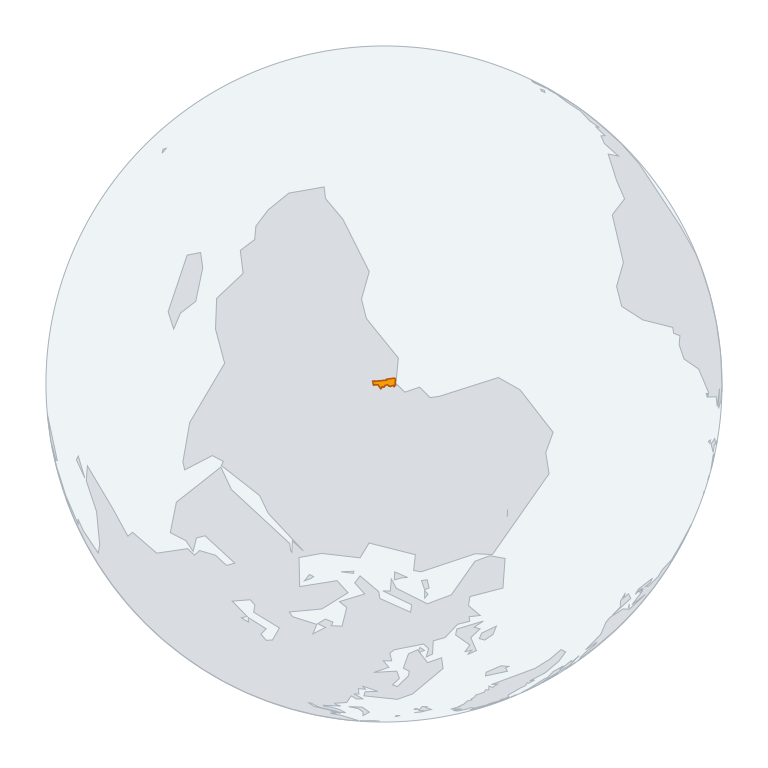 the Earth from above Sud, rotated 172°
{"feature_id": "CMR-803", "entity_name": "Sud", "entity_type": "Province", "adm_level": 1, "iso_a3": "CMR", "parent_name": "Cameroon", "parent_adm1": "", "projection": "orthographic", "projection_center": [11.82, 2.912], "detail": "fine", "context": "on_globe", "style": "filled", "palette": "amber", "viewbox_px": 768, "rotation_deg": 172, "n_neighbors": 0, "source": "natural_earth", "source_scale": "10m", "svg_char_len": 9720}
<svg xmlns="http://www.w3.org/2000/svg" viewBox="0 0 768 768"><g transform="rotate(172 384 384)"><circle cx="384" cy="384" r="338" fill="#eef3f6" stroke="#a8b0b8"/><path d="M265.8,67.4L268.7,66.4L261.2,69.3L252.8,72.7L251.1,73.3L265.8,67.4ZM191.5,106.3L191.4,106.3L184.9,111.0L191.5,106.3ZM182.2,112.9L172.4,120.6L178.6,116.0L188.7,108.4L197.7,102.7L209.0,95.3L214.3,92.3L227.0,85.2L228.1,85.4L222.3,89.9L211.8,96.2L209.0,98.8L221.4,92.7L204.3,105.8L197.2,117.4L192.4,121.6L178.6,128.0L172.4,126.8L154.5,139.3L169.1,130.9L156.9,143.1L156.2,145.4L158.6,145.1L164.4,140.7L160.9,145.3L145.2,154.3L148.1,150.2L153.1,147.0L150.0,147.1L139.4,155.1L134.0,161.6L123.5,170.0L119.6,175.1L115.1,180.4L122.1,171.4L109.3,188.4L99.0,202.4L113.0,182.2L128.3,163.0L145.1,145.0L163.1,128.3L182.2,112.9ZM50.5,329.4L50.0,333.7L52.9,320.1L56.1,313.2L52.4,332.7L57.1,315.3L56.8,325.1L65.3,326.0L63.7,330.3L70.3,355.0L83.4,367.0L86.3,381.9L84.2,390.6L90.1,393.9L90.2,399.8L118.8,411.5L137.8,427.8L140.1,448.3L130.0,470.9L134.4,519.7L120.0,533.9L125.4,553.3L130.0,580.5L120.1,577.1L132.4,591.6L134.6,599.5L130.7,599.2L138.3,609.0L135.8,608.6L143.3,615.5L151.6,627.2L163.6,637.7L172.8,647.0L180.7,653.0L179.7,652.6L181.8,654.5L186.1,657.7L178.8,652.5L157.9,635.1L153.9,631.4L152.8,630.5L149.6,627.4L135.5,612.7L138.3,616.0L115.5,588.9L100.7,566.6L69.1,500.3L63.7,486.6L57.3,470.0L53.7,455.5L48.9,427.3L46.4,398.8L46.4,370.2L46.9,361.7L49.6,335.2L49.8,333.9L50.5,329.4ZM72.1,254.0L67.8,268.1L66.2,269.5L67.4,266.6L69.8,259.6L70.3,258.3L72.1,254.0ZM81.8,233.1L82.4,231.7L82.5,231.7L81.8,233.1ZM225.6,85.7L226.2,85.4L223.5,86.8L225.6,85.7ZM229.1,83.7L230.7,82.8L230.4,83.1L226.8,84.9L228.1,84.2L229.1,83.7ZM243.7,76.6L234.5,81.1L232.8,81.8L243.7,76.6ZM284.3,61.7L284.1,61.5L289.2,59.9L284.3,61.7ZM302.5,56.1L301.6,56.3L300.7,56.7L296.1,58.0L297.7,57.3L302.5,56.1ZM330.5,50.3L334.2,49.8L322.0,51.9L316.7,52.9L323.6,51.5L330.5,50.3ZM180.9,654.1L187.2,658.5L181.8,654.0L193.8,661.7L196.1,664.2L181.1,654.3L180.9,654.1ZM184.4,652.5L184.1,650.3L187.1,652.0L187.9,654.1L184.4,652.5ZM466.6,56.3L475.3,58.7L474.6,58.5L498.1,65.9L520.9,75.1L543.1,85.9L564.4,98.2L584.7,112.1L604.0,127.5L622.0,144.2L638.9,162.1L654.4,181.3L668.4,201.5L680.9,222.7L691.9,244.7L701.2,267.5L708.9,290.9L714.8,314.8L712.6,306.3L717.2,330.6L719.8,346.6L721.6,369.4L721.5,367.9L719.6,346.5L718.2,339.3L714.7,318.0L706.2,287.1L705.9,293.0L702.2,280.6L690.5,256.3L687.9,264.4L686.4,297.6L692.3,329.6L689.1,344.2L670.1,298.8L658.8,268.9L653.6,272.1L632.6,248.1L601.4,248.3L595.4,240.9L589.9,244.8L574.8,237.9L565.1,226.2L556.7,227.4L582.3,258.6L591.1,257.7L596.3,244.9L602.0,256.5L616.3,266.5L606.0,295.9L557.1,324.4L549.8,300.7L499.6,239.2L499.7,232.3L499.4,231.6L498.6,230.2L496.6,241.5L487.1,230.0L516.6,272.0L522.7,290.9L556.4,325.9L553.9,329.8L564.0,337.0L593.3,326.7L594.0,334.8L581.7,373.0L538.9,426.7L543.2,461.8L537.8,492.1L508.1,513.1L507.7,536.3L491.9,545.0L488.9,558.1L474.5,572.5L451.6,586.3L415.9,587.5L416.1,575.7L401.8,552.9L383.0,497.3L394.5,471.2L392.3,451.2L366.2,407.7L372.1,383.0L364.5,373.0L349.2,375.9L340.2,364.1L330.7,364.1L269.9,374.5L250.1,359.3L223.3,312.6L233.4,293.5L233.0,272.2L300.4,200.0L317.2,203.2L373.2,192.9L380.6,195.1L376.7,210.6L420.9,228.6L431.9,215.2L469.3,224.9L492.3,224.0L495.7,195.1L457.9,195.8L448.7,182.3L476.8,169.9L509.5,171.4L506.9,166.3L484.0,155.3L489.2,146.5L475.8,151.0L482.9,155.9L474.7,159.4L467.7,155.3L469.8,152.0L459.3,150.0L452.0,167.8L458.4,174.7L432.4,178.8L440.6,191.1L434.4,197.3L418.0,178.9L417.9,172.1L389.4,154.3L387.3,161.5L413.9,179.3L406.6,178.1L403.9,189.8L400.2,180.0L371.6,160.3L346.6,165.9L318.6,195.8L303.1,199.2L288.4,194.4L294.6,165.4L328.5,161.5L331.2,152.8L321.0,141.4L332.1,141.7L332.1,137.1L344.6,135.8L358.9,124.4L371.0,122.8L373.5,109.9L380.1,107.8L376.7,115.7L380.9,121.0L410.8,119.4L415.7,116.6L414.9,108.8L423.2,110.0L418.6,102.8L434.2,99.8L411.3,97.9L409.7,90.4L417.4,84.9L412.8,82.5L400.2,91.8L399.0,96.1L404.4,100.0L397.3,113.4L387.8,116.1L379.6,102.0L365.1,104.9L365.1,94.1L398.9,73.1L414.7,69.9L447.3,78.0L445.5,81.9L432.8,80.5L447.4,87.9L444.8,84.3L451.7,85.9L452.0,80.5L456.9,81.4L448.8,75.2L454.8,75.8L459.9,79.7L465.4,73.8L477.1,74.7L476.0,73.1L471.5,71.1L489.4,74.4L487.8,73.1L481.3,71.4L473.8,68.1L467.7,63.8L474.2,65.2L477.3,66.9L493.6,73.2L500.9,78.4L502.9,78.7L498.2,74.5L478.3,66.7L472.7,63.9L482.6,67.0L478.6,65.6L477.8,64.7L483.2,65.4L472.6,61.9L455.9,54.1L464.2,55.7L466.6,56.3ZM280.4,235.3L279.3,241.5L279.2,241.6L280.4,235.3ZM546.6,189.0L564.5,190.1L551.9,172.9L557.8,172.3L551.4,167.1L551.0,171.7L534.7,158.0L540.7,153.4L536.3,146.6L530.1,146.0L521.5,157.0L544.8,176.2L542.6,183.1L546.6,189.0ZM65.7,325.8L66.3,329.8L64.6,329.6L65.7,325.8ZM63.5,277.2L63.4,277.8L62.6,280.9L62.1,281.7L63.5,277.2ZM69.6,279.9L70.8,282.0L68.4,283.1L69.6,279.9ZM67.5,270.4L68.5,279.1L64.1,283.9L63.9,278.9L65.5,277.6L67.5,270.4ZM76.7,243.6L76.1,245.1L74.6,248.4L76.7,243.6ZM81.9,233.3L81.7,233.5L83.0,230.7L81.9,233.3ZM157.9,142.5L159.0,142.0L160.4,142.7L157.5,144.5L157.9,142.5ZM180.1,135.9L174.0,143.6L176.3,138.9L171.1,142.2L169.5,137.3L189.9,123.4L181.0,130.2L180.1,135.9ZM173.1,128.3L171.7,132.1L172.4,128.6L173.1,128.3ZM319.9,116.4L325.1,118.6L321.9,123.7L306.4,128.6L311.0,120.8L319.9,116.4ZM333.4,120.8L329.6,107.1L339.0,104.5L334.3,108.1L341.0,107.7L335.3,113.6L348.0,125.6L346.0,131.2L318.6,135.4L328.6,130.5L322.9,128.2L333.4,120.8ZM303.2,85.8L301.7,82.4L324.1,80.8L323.0,84.3L307.5,88.6L299.8,87.0L303.2,85.8ZM254.6,72.7L252.5,73.3L255.2,72.1L259.1,70.7L254.6,72.7ZM289.9,59.5L290.6,59.3L283.5,61.4L289.7,59.7L280.0,62.7L283.8,61.7L266.2,69.7L263.0,70.5L256.6,75.6L245.6,79.9L250.1,76.3L236.8,84.1L236.5,82.6L228.5,87.9L239.7,79.4L238.9,79.2L244.0,77.5L254.1,73.3L258.2,71.5L269.4,66.5L271.8,65.2L289.9,59.5ZM360.9,51.1L352.3,51.3L363.2,52.8L353.6,54.0L355.4,54.1L349.5,55.9L345.6,58.5L340.9,59.0L341.4,59.9L337.5,61.5L336.6,63.1L327.8,64.8L326.0,67.0L322.8,66.6L322.1,70.3L318.7,68.4L313.3,71.0L319.5,71.4L274.0,81.4L257.5,88.7L245.7,96.3L241.4,93.4L249.7,85.0L264.5,75.6L281.0,69.7L276.0,70.0L282.4,67.5L283.7,68.3L285.6,65.7L291.2,64.0L304.4,58.7L303.8,57.1L308.6,55.6L311.6,55.4L314.3,54.1L323.3,53.0L326.9,52.0L339.4,50.5L343.2,51.5L347.0,50.5L356.7,49.9L360.9,51.1ZM337.7,49.3L344.4,49.1L342.4,49.9L321.4,52.4L316.9,53.4L303.3,56.1L306.5,55.1L310.1,54.3L314.3,53.4L311.6,54.0L316.9,52.9L322.0,52.0L327.4,50.9L328.1,51.0L337.7,49.3ZM387.5,189.1L392.9,189.6L401.1,188.6L399.5,196.4L387.5,189.1ZM367.7,175.8L372.4,174.6L374.2,184.1L368.5,184.1L367.7,175.8ZM373.5,166.3L372.5,173.8L369.7,169.7L373.5,166.3ZM381.0,114.6L385.8,113.4L386.9,115.2L384.9,118.1L381.0,114.6ZM391.1,59.3L386.5,58.4L387.6,57.9L382.5,55.1L389.3,54.5L394.9,56.0L391.1,59.3ZM490.2,200.1L484.4,205.7L480.5,203.1L483.3,201.6L490.2,200.1ZM440.5,200.7L452.6,204.0L439.9,202.8L440.5,200.7ZM397.6,58.3L394.8,57.0L399.9,57.6L397.6,58.3ZM393.9,54.1L399.7,54.4L389.5,54.2L393.9,54.1ZM571.6,643.4L570.2,647.2L566.9,647.7L571.6,643.4ZM587.7,485.6L561.0,539.0L547.3,539.7L547.3,524.3L558.9,492.1L575.7,482.5L584.6,467.7L587.7,485.6ZM721.5,401.6L721.5,400.6L718.2,353.7L719.5,354.4L721.8,374.1L721.5,401.6ZM693.4,332.7L699.1,351.8L696.8,355.2L693.4,332.7ZM450.9,58.5L450.5,62.3L454.6,66.1L463.9,69.4L450.6,67.1L444.2,61.1L450.9,58.5ZM454.7,54.1L446.5,52.3L450.0,52.8L452.4,53.3L454.7,54.1ZM449.7,53.2L439.7,51.8L435.1,50.7L443.9,52.0L449.7,53.2ZM418.9,53.1L418.3,54.0L414.1,53.4L418.9,53.1Z" fill="#d9dde1" stroke="#a8b0b8" stroke-width="1"/><path d="M383.7,387.7L383.3,387.6L383.2,387.5L382.8,387.5L381.2,387.6L381.3,387.7L381.3,387.8L381.2,387.9L381.2,388.0L381.1,388.3L379.3,388.4L377.5,388.4L375.8,388.4L375.7,388.4L374.4,388.4L374.0,388.4L373.2,388.4L372.7,388.2L372.4,388.0L372.2,387.9L372.1,387.7L372.1,387.4L372.2,387.2L372.2,386.0L372.4,385.3L372.5,385.0L372.5,384.9L372.6,384.2L372.6,383.9L372.7,383.7L372.8,383.5L372.9,383.3L373.0,383.2L372.8,382.1L372.7,382.0L372.7,381.9L372.8,382.0L372.8,381.9L373.0,381.8L373.1,381.7L373.4,381.5L373.4,381.4L373.6,381.2L373.7,380.9L373.6,380.7L373.8,380.4L373.9,380.2L374.0,380.2L374.3,380.0L374.4,379.9L374.5,379.9L374.6,380.0L374.7,380.4L375.0,381.4L375.5,381.3L377.3,380.8L377.5,380.7L377.9,380.6L378.0,380.6L378.2,380.9L378.2,381.0L378.3,381.0L378.5,381.0L378.8,381.0L379.0,381.0L379.3,381.0L379.5,381.1L379.6,381.3L379.8,381.9L379.9,382.0L380.0,382.0L380.1,382.3L380.5,382.7L380.8,382.6L381.1,382.7L381.4,382.6L382.3,382.6L382.5,382.6L382.8,382.5L383.2,382.3L383.3,382.3L383.3,382.0L383.4,381.9L383.6,381.5L383.8,381.4L384.0,381.3L384.2,381.2L384.3,381.1L384.5,380.8L384.9,380.9L385.0,381.0L385.8,381.4L385.8,381.5L386.0,381.7L386.3,381.6L386.6,380.8L386.6,380.7L386.9,380.4L387.5,379.9L387.8,379.6L388.0,379.6L388.2,379.9L388.3,380.1L388.3,380.9L388.3,381.0L388.6,381.4L389.0,381.8L389.2,382.0L389.4,382.4L389.5,382.6L389.5,382.9L389.6,383.6L389.8,383.9L389.9,384.0L390.0,384.0L390.3,384.1L390.5,384.1L390.8,384.1L391.0,384.2L391.3,384.3L391.5,384.3L391.7,384.2L391.8,384.2L391.9,384.3L392.0,384.3L392.1,384.2L392.2,384.3L392.3,384.3L392.4,384.5L392.5,384.5L392.6,384.4L392.8,384.4L392.9,384.6L393.0,384.6L393.4,384.7L393.5,384.7L393.8,384.7L393.9,384.4L394.0,384.4L394.1,384.5L394.1,384.4L394.4,384.1L394.5,384.1L394.7,384.4L394.9,388.4L394.6,388.4L393.7,388.4L392.7,388.4L392.7,388.1L392.6,387.9L392.4,387.8L392.2,387.8L392.1,387.7L391.9,387.7L391.7,387.7L391.6,387.8L391.4,387.9L391.2,387.9L390.9,387.8L390.7,387.9L390.4,387.9L390.2,387.9L389.9,387.8L389.7,387.8L389.6,388.0L388.7,387.9L388.4,387.7L388.3,387.8L388.2,387.7L387.9,387.6L387.7,387.6L387.3,387.7L387.2,387.7L386.9,387.5L386.7,387.6L386.4,387.7L386.0,387.7L385.8,387.7L385.7,387.7L385.3,387.7L384.9,387.7L384.4,387.7L383.9,387.7L383.7,387.7Z" fill="#f59e0b" stroke="#b45309" stroke-width="1.5"/></g></svg>